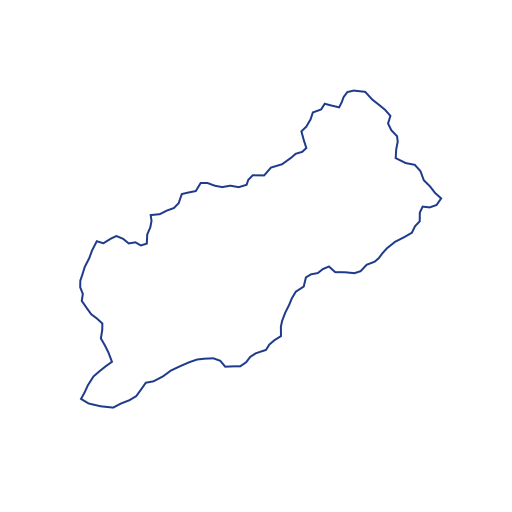 outline of Ibiam, Santa Catarina, Brazil, rotated 286°
{"feature_id": "56859067B57990833379238", "entity_name": "Ibiam", "entity_type": "district", "adm_level": 2, "iso_a3": "BRA", "parent_name": "Brazil", "parent_adm1": "Santa Catarina", "projection": "natural_earth1", "projection_center": [-51.214, -27.212], "detail": "fine", "context": "isolated", "style": "outline", "palette": "blue", "viewbox_px": 512, "rotation_deg": 286, "n_neighbors": 0, "source": "geoboundaries", "source_scale": "gbopen_adm2", "svg_char_len": 1924}
<svg xmlns="http://www.w3.org/2000/svg" viewBox="0 0 512 512"><g transform="rotate(286 256 256)"><path d="M443.9,315.7L441.9,304.2L438.7,298.6L432.9,296.4L427.3,296.0L421.8,294.9L421.4,286.4L421.3,280.1L414.8,278.2L409.7,271.1L402.4,270.8L394.2,268.7L388.3,265.3L380.4,270.1L373.7,274.6L368.9,271.8L365.2,266.0L360.6,263.0L351.4,255.8L345.1,246.0L335.7,241.6L332.7,230.6L327.1,227.6L321.8,227.3L317.4,220.4L316.5,211.9L312.9,204.5L312.2,196.9L312.8,189.1L310.9,182.7L301.8,180.2L298.7,174.1L295.1,167.6L285.5,167.1L279.5,163.9L275.1,157.8L269.7,152.0L266.3,143.5L260.9,145.9L254.4,146.5L246.8,145.5L237.8,147.6L234.4,142.4L235.9,136.3L233.0,130.2L235.9,123.5L236.7,116.3L232.8,111.8L226.2,105.8L226.3,98.9L216.3,96.9L208.0,96.3L198.3,94.4L189.6,94.2L184.0,93.9L177.5,95.6L171.8,100.0L164.8,100.9L159.5,107.4L154.6,113.6L152.2,120.0L148.8,126.9L142.5,128.6L134.0,129.6L128.4,135.4L122.5,140.8L114.6,146.7L108.4,141.8L102.5,137.6L95.5,133.0L85.3,130.0L77.9,128.9L70.4,127.2L68.1,135.7L68.7,148.0L70.9,160.5L77.1,167.0L82.5,174.1L88.3,179.5L97.1,182.7L103.8,185.0L107.2,191.9L114.6,199.7L122.5,205.8L129.9,214.3L135.8,221.5L140.3,228.0L143.2,235.1L145.9,243.2L145.4,250.6L141.1,256.9L143.7,264.7L145.6,271.2L151.1,275.8L157.5,278.3L162.5,282.7L168.5,291.5L174.5,293.2L180.1,296.9L185.9,302.1L194.9,299.4L200.8,299.0L209.4,299.7L218.6,301.4L225.1,302.1L232.7,304.1L239.8,310.3L249.2,309.9L253.6,314.0L256.6,320.1L261.8,323.8L266.0,329.0L262.3,336.6L264.9,346.0L266.6,355.3L270.2,360.7L278.1,364.8L283.2,371.6L287.7,374.6L293.1,376.6L299.6,379.8L308.0,385.8L314.8,393.1L321.3,399.4L328.6,400.7L334.5,403.8L342.9,401.5L349.4,402.6L350.6,409.6L354.8,415.5L362.4,418.1L366.0,410.7L370.8,404.2L375.1,396.4L382.9,390.7L387.4,383.5L386.6,374.2L388.6,363.3L397.1,361.4L405.0,360.7L410.0,358.6L414.2,351.4L419.8,346.4L427.7,346.6L432.2,339.6L435.4,332.1L438.5,324.5L443.9,315.7Z" fill="none" stroke="#1e3a8a" stroke-width="2"/></g></svg>